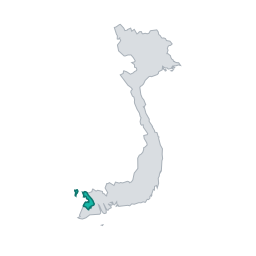 Vietnam, with Kiên Giang highlighted, rotated 21°
{"feature_id": "VNM-502", "entity_name": "Kiên Giang", "entity_type": "Province", "adm_level": 1, "iso_a3": "VNM", "parent_name": "Vietnam", "parent_adm1": "", "projection": "orthographic", "projection_center": [104.707, 9.97], "detail": "fine", "context": "in_parent", "style": "filled", "palette": "teal", "viewbox_px": 256, "rotation_deg": 21, "n_neighbors": 0, "source": "natural_earth", "source_scale": "10m", "svg_char_len": 5409}
<svg xmlns="http://www.w3.org/2000/svg" viewBox="0 0 256 256"><g transform="rotate(21 128 128)"><path d="M154.7,50.8L152.6,51.0L150.4,52.8L147.5,54.0L146.8,57.1L144.4,58.6L143.2,57.9L140.8,58.6L138.1,57.9L139.1,61.5L136.5,64.4L136.8,66.2L136.1,67.7L131.5,71.7L130.2,71.8L129.2,72.5L127.0,77.3L126.7,81.3L125.7,83.6L124.7,84.6L124.5,85.9L128.0,92.2L130.4,94.8L132.7,96.1L136.2,99.9L135.7,100.9L135.9,103.0L134.3,102.4L134.5,102.6L136.5,103.8L139.4,107.8L144.6,112.1L145.4,114.3L150.4,117.8L150.2,118.2L153.8,121.0L154.2,122.2L156.8,122.0L159.3,125.3L160.1,125.3L160.3,126.7L164.3,132.3L167.6,135.1L169.3,140.3L171.3,144.2L171.4,146.5L174.5,156.1L174.3,157.4L173.8,156.2L173.9,159.8L174.4,161.8L174.2,164.1L176.4,168.6L176.8,173.6L175.2,171.5L173.7,173.0L174.9,176.5L173.6,176.2L173.8,180.9L174.4,182.6L174.2,183.2L173.6,182.0L173.0,184.2L173.6,185.8L172.8,187.5L171.5,187.7L170.8,191.2L168.6,191.5L166.9,193.2L164.9,193.8L161.2,196.9L158.7,197.5L157.5,200.0L155.4,200.3L147.4,204.5L146.5,203.5L145.0,203.2L143.9,200.9L143.1,204.5L142.5,204.8L141.3,204.1L140.1,202.7L138.4,203.7L140.3,203.9L140.8,204.9L140.5,206.0L136.5,206.0L140.2,207.4L140.9,208.5L139.2,210.3L139.2,211.5L138.4,212.1L136.3,211.0L132.0,207.1L137.1,212.6L138.1,215.1L136.8,216.3L135.4,216.3L133.0,214.7L129.2,210.7L127.9,210.2L132.4,215.8L133.0,217.1L132.5,218.6L123.4,222.8L120.9,226.9L118.1,229.3L115.0,229.9L113.3,229.7L115.1,227.7L114.0,226.9L114.3,215.7L115.1,212.8L117.7,211.6L117.8,211.0L116.8,209.3L114.7,208.6L113.7,207.4L111.8,207.8L108.6,204.5L110.5,203.0L114.4,202.8L117.1,200.4L116.8,197.9L117.1,197.5L120.8,198.4L122.0,197.0L126.8,196.4L128.1,198.2L129.3,197.9L131.5,199.1L132.4,199.1L131.9,197.3L132.3,195.7L128.1,192.2L128.1,187.4L129.1,187.2L130.2,185.7L135.5,186.7L135.7,183.0L139.6,182.6L140.5,181.6L142.7,181.2L146.5,178.0L148.1,177.8L149.0,178.6L150.5,177.1L151.1,174.7L150.0,167.9L151.7,162.2L147.9,152.7L148.3,149.3L149.4,148.1L150.5,145.4L150.3,142.3L149.7,140.8L150.7,139.7L152.0,137.0L150.8,135.1L146.9,132.0L145.4,129.4L148.4,127.3L148.4,126.1L142.1,121.8L141.1,119.6L139.6,120.5L138.5,119.9L137.0,117.7L136.4,113.6L135.3,112.9L133.2,109.9L129.7,107.2L125.5,102.8L124.6,101.4L124.1,99.4L122.4,97.0L120.7,96.6L117.8,93.6L117.5,92.3L118.2,90.2L116.2,89.1L112.6,88.1L101.7,81.2L104.0,78.8L103.4,76.5L103.6,76.1L106.6,76.0L110.9,76.9L112.9,75.0L113.9,73.0L115.3,71.4L115.4,70.5L114.3,68.9L112.3,68.9L111.3,66.5L108.0,65.6L110.2,64.1L110.8,62.8L107.8,60.4L104.6,58.7L101.7,59.9L99.5,61.8L98.5,62.1L91.6,59.4L88.4,54.3L89.7,50.1L89.7,48.6L88.4,47.9L88.0,46.9L87.0,48.7L86.0,48.7L85.0,45.6L83.8,44.8L79.2,39.1L80.7,37.9L82.9,34.6L83.7,34.0L88.3,36.3L90.2,38.2L92.2,36.9L92.3,36.2L94.7,33.8L96.8,36.3L98.5,33.7L102.6,37.0L103.2,36.4L104.1,34.1L105.2,33.5L106.1,33.3L107.2,34.7L108.1,34.8L110.1,33.4L112.2,33.2L113.6,32.0L114.0,29.4L114.5,28.9L119.7,26.1L121.8,27.5L123.2,29.7L125.1,30.3L127.0,31.8L128.5,31.6L129.0,31.1L130.9,31.1L132.6,32.6L136.0,31.9L139.1,33.7L138.1,35.6L136.6,36.5L136.2,37.5L136.2,39.6L137.5,41.0L137.7,44.6L138.6,44.3L141.7,45.3L142.9,47.0L144.4,48.1L145.6,48.2L146.7,49.5L147.7,49.1L148.2,49.7L150.4,49.4L151.9,48.9L154.7,50.8ZM103.6,204.8L103.8,207.1L103.0,209.8L102.1,206.8L100.7,205.0L102.6,204.3L103.6,204.8ZM150.0,54.9L148.2,56.6L147.5,56.6L148.4,54.2L150.0,54.9ZM142.7,61.3L142.2,61.4L141.1,60.3L141.7,59.7L142.8,60.1L143.1,60.6L142.7,61.3ZM149.0,58.8L148.3,59.2L147.5,59.2L149.4,57.4L149.0,58.8ZM139.6,58.9L140.4,60.7L139.3,59.8L139.6,58.9ZM146.5,203.9L145.0,205.4L144.9,204.7L146.5,203.9ZM139.2,228.2L138.1,228.2L139.3,227.3L139.2,228.2Z" fill="#d9dde1" stroke="#a8b0b8" stroke-width="1"/><path d="M111.3,202.8L112.4,202.9L112.7,203.0L114.9,204.9L119.8,207.4L120.2,207.8L120.9,208.2L121.3,208.5L122.3,209.6L122.9,210.3L123.2,210.5L123.6,210.9L123.7,211.0L123.7,211.5L123.7,211.8L123.6,212.2L123.4,212.5L121.8,214.0L121.5,214.4L121.4,214.6L121.5,214.8L121.9,215.2L121.9,216.0L120.9,215.7L120.7,215.7L120.5,215.8L120.7,216.7L120.7,217.0L120.3,217.6L120.4,217.9L120.5,218.1L120.6,218.3L120.3,218.5L119.8,218.3L117.7,217.3L117.0,216.9L116.8,216.8L116.4,216.8L116.2,216.8L115.9,216.8L115.6,216.9L115.3,216.9L114.9,217.1L114.7,217.1L114.2,216.7L114.2,216.4L114.5,213.9L114.7,213.1L115.0,212.3L115.6,212.3L116.1,212.2L116.4,211.8L117.2,211.1L117.5,211.0L117.7,211.3L118.0,212.2L117.9,211.5L117.9,210.9L117.8,210.6L117.7,210.3L117.0,209.4L116.5,208.9L116.2,208.8L116.0,208.7L115.4,208.9L115.1,208.9L114.7,208.6L114.3,208.2L114.1,207.7L113.8,207.3L113.3,207.1L112.9,207.0L112.5,207.1L112.1,207.4L112.0,207.6L112.0,207.8L111.9,207.8L111.7,208.1L111.2,208.2L111.2,207.9L111.2,207.7L110.9,207.4L110.9,206.9L110.8,206.6L110.7,206.4L110.3,206.1L110.2,206.2L110.2,206.3L110.1,205.9L110.0,205.6L109.7,205.2L109.8,204.9L110.0,204.8L110.0,204.6L110.0,204.4L109.8,204.4L109.7,204.6L109.6,204.8L109.4,204.9L109.2,204.9L109.0,204.5L108.9,204.4L109.2,204.4L109.4,204.4L109.5,204.3L110.1,203.4L110.2,203.2L110.4,203.0L110.5,202.9L111.3,202.8ZM103.9,205.0L103.9,205.3L103.9,206.7L103.4,208.1L103.2,208.9L103.5,209.2L103.4,209.5L103.4,209.9L103.5,210.1L103.2,210.0L103.2,209.9L102.9,209.8L102.7,209.2L102.5,208.0L102.2,206.9L101.9,206.5L101.5,206.2L101.0,205.9L100.8,205.7L100.7,205.2L101.6,205.1L101.9,205.1L102.0,205.0L102.0,204.9L102.1,204.7L102.3,204.6L102.4,204.3L102.4,204.2L102.5,204.0L102.7,203.9L102.8,203.9L103.0,204.1L102.9,204.0L103.9,205.0Z" fill="#14b8a6" stroke="#0f766e" stroke-width="1.5"/></g></svg>